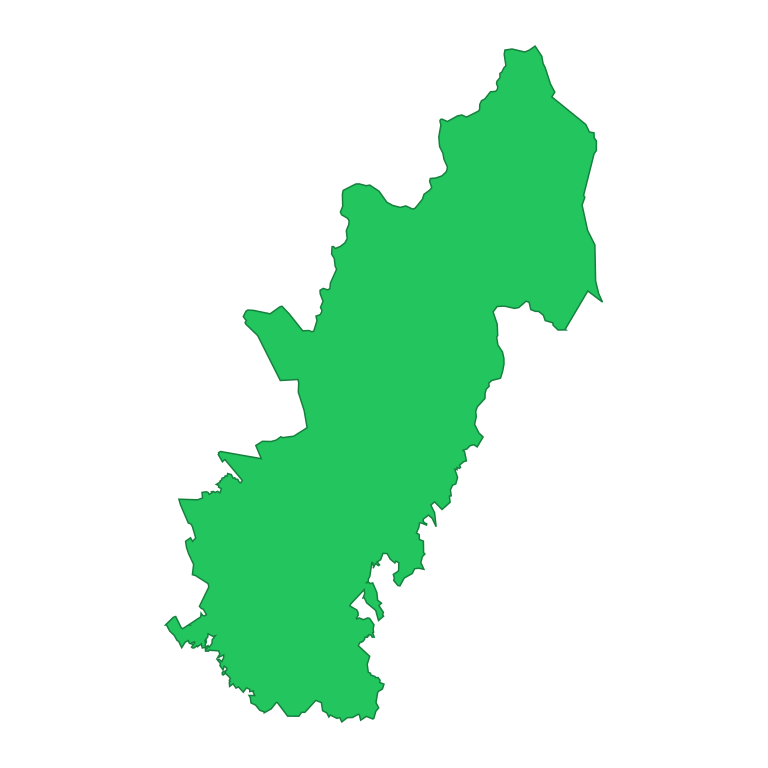 outline of Jalpan de Serra, Querétaro, Mexico
{"feature_id": "50627088B24192997994058", "entity_name": "Jalpan de Serra", "entity_type": "district", "adm_level": 2, "iso_a3": "MEX", "parent_name": "Mexico", "parent_adm1": "Querétaro", "projection": "robinson", "projection_center": [-99.37, 21.384], "detail": "fine", "context": "isolated", "style": "filled", "palette": "green", "viewbox_px": 768, "rotation_deg": 0, "n_neighbors": 0, "source": "geoboundaries", "source_scale": "gbopen_adm2", "svg_char_len": 6108}
<svg xmlns="http://www.w3.org/2000/svg" viewBox="0 0 768 768"><path d="M384.0,684.2L379.6,682.4L380.1,680.3L378.1,677.6L375.5,677.5L375.0,676.5L370.6,674.9L370.6,673.3L368.3,672.3L367.2,664.3L369.7,656.3L358.3,645.7L359.7,642.8L362.8,641.5L364.5,639.4L365.0,637.3L367.4,637.2L367.3,636.0L368.6,636.0L368.6,634.9L370.6,634.7L372.3,637.2L374.2,637.1L372.6,632.6L373.6,632.3L373.1,628.6L374.0,624.9L369.6,618.4L367.7,617.9L363.4,619.7L359.2,617.9L356.8,619.0L356.3,618.2L358.2,615.2L358.0,612.3L356.7,609.9L349.8,605.9L350.8,603.9L364.2,589.6L364.7,593.8L363.0,597.9L364.2,597.6L366.7,602.9L375.7,610.4L378.5,620.5L383.6,616.2L382.6,614.6L383.4,612.3L378.9,605.6L381.5,603.2L377.6,600.2L376.9,592.7L372.7,582.9L370.1,583.6L369.1,582.5L366.7,582.6L368.2,581.4L368.4,578.9L369.8,576.5L371.9,562.5L373.0,563.1L372.1,564.0L373.8,565.8L373.1,568.3L375.4,563.7L378.6,565.6L379.5,564.9L377.4,562.0L376.2,562.5L380.7,559.7L382.9,553.4L387.2,553.6L390.2,559.1L394.9,563.0L396.0,561.2L398.8,562.6L398.6,570.1L398.0,571.4L393.3,574.4L394.3,578.1L393.7,580.5L397.8,585.4L399.9,585.9L404.2,578.1L412.4,573.4L414.5,568.8L418.5,568.2L423.9,569.3L420.8,562.6L422.4,556.6L424.9,554.0L423.6,552.6L423.4,541.1L419.4,539.5L419.2,534.5L416.4,533.1L418.9,527.2L419.5,523.2L420.8,522.7L426.5,525.1L426.7,523.8L424.1,522.7L423.1,520.3L423.5,518.9L428.5,515.1L432.2,518.4L436.1,526.7L434.6,512.8L430.8,505.1L434.6,501.9L442.0,509.5L450.1,502.3L449.4,496.2L451.2,495.8L450.4,489.8L452.6,485.2L455.8,483.9L457.6,477.4L454.7,469.1L457.1,469.7L457.0,467.5L459.5,468.3L460.5,467.4L459.5,465.1L463.8,461.6L466.4,460.9L464.6,451.9L463.1,450.3L467.0,448.9L469.9,445.8L472.7,445.0L473.9,444.8L477.2,446.9L483.1,437.0L478.9,433.0L474.6,424.3L476.3,416.7L475.7,411.3L477.3,406.8L485.0,398.4L485.1,393.2L486.3,389.1L489.1,386.4L488.8,383.2L491.7,380.5L500.5,378.2L502.6,371.4L504.0,364.0L503.9,358.3L502.5,352.0L497.9,345.0L496.6,336.7L497.7,335.7L497.2,324.2L493.1,311.9L497.2,306.5L504.4,306.1L514.6,308.4L518.7,307.6L526.1,301.2L529.1,302.3L530.8,309.6L535.5,311.4L538.5,311.4L540.9,313.2L543.4,315.3L545.2,320.6L552.8,322.8L553.1,325.2L558.1,330.0L565.8,329.9L565.1,329.4L587.8,291.0L602.5,302.1L598.7,293.7L595.6,281.0L594.9,245.0L587.6,230.4L582.1,205.1L584.8,197.4L583.6,195.3L594.1,153.7L596.4,150.5L596.4,140.9L594.2,137.9L594.0,132.8L589.4,132.0L585.7,124.4L551.8,96.9L554.8,92.2L550.4,83.8L545.1,67.4L543.1,63.6L541.8,56.3L535.1,46.1L529.2,50.2L524.8,52.0L512.0,49.0L504.9,50.1L504.2,54.4L505.9,65.7L503.8,67.9L501.9,72.0L499.9,73.4L500.0,77.6L497.0,81.2L496.5,83.6L497.8,86.9L497.3,89.5L495.7,91.3L490.4,91.8L484.8,99.0L481.5,100.7L479.8,104.4L479.6,109.2L478.6,111.0L466.5,117.1L461.9,115.0L457.5,115.9L447.4,121.5L441.9,119.1L440.5,119.5L439.9,121.0L440.9,125.0L438.8,136.8L439.6,146.6L442.9,153.2L443.9,159.1L447.4,166.9L447.0,169.8L446.0,172.0L441.9,175.9L435.8,178.0L430.3,178.5L429.6,181.3L431.7,187.5L429.7,190.1L424.0,194.3L422.4,199.3L415.2,208.1L412.7,209.1L405.8,205.9L400.3,207.4L392.9,205.5L386.9,202.3L379.0,191.2L369.8,185.1L366.1,185.7L359.2,183.9L355.7,184.0L343.2,190.4L342.4,194.2L342.7,206.3L340.4,212.0L341.6,214.8L347.5,218.2L349.1,220.9L348.8,224.5L346.3,230.6L347.2,238.6L344.7,243.1L340.2,246.5L335.3,248.5L333.5,246.6L332.1,246.6L331.6,254.1L334.2,258.3L335.2,266.3L336.6,269.2L330.4,283.0L329.9,288.5L327.9,289.9L323.2,288.4L320.0,290.3L320.2,293.8L323.0,301.2L320.5,307.5L321.8,310.0L321.7,311.9L320.1,314.7L316.0,316.1L317.0,320.6L313.8,331.0L312.0,331.8L308.9,330.5L302.7,330.8L289.4,314.1L282.0,306.3L280.1,306.7L270.1,313.8L253.6,310.4L247.8,310.0L245.9,311.3L243.3,316.6L246.4,320.8L245.1,322.6L245.8,324.1L257.7,335.6L280.3,380.5L297.9,379.5L298.7,382.6L298.3,392.2L304.2,410.7L307.1,427.7L293.7,436.2L282.9,437.6L280.8,436.8L276.4,440.0L271.2,441.5L262.5,441.3L255.8,445.5L261.3,458.7L220.7,451.5L218.6,452.6L219.0,453.6L218.2,454.4L222.4,461.8L224.9,459.5L242.3,480.4L240.7,482.8L239.3,482.4L237.7,479.3L235.5,479.1L234.8,477.8L233.1,478.2L231.3,474.6L227.7,473.5L227.1,476.0L225.2,475.9L224.7,477.3L222.0,478.3L221.7,479.8L219.9,481.2L220.1,482.2L216.3,484.4L218.6,485.5L218.6,487.2L221.4,488.6L220.0,492.9L217.5,491.3L215.1,492.6L213.7,491.5L211.5,491.7L211.9,492.7L209.2,494.4L207.9,492.3L206.2,491.8L202.0,492.4L202.5,498.0L197.5,499.8L178.9,499.2L180.6,505.1L188.3,523.0L190.9,524.0L192.4,526.6L195.7,538.0L192.6,541.4L190.5,537.8L185.6,541.3L186.5,547.4L188.5,553.5L193.6,564.4L192.4,574.7L195.6,575.6L208.1,583.6L208.8,587.0L199.4,606.4L201.5,608.6L203.1,609.0L206.5,614.7L204.4,615.9L202.6,615.3L201.1,613.2L200.7,616.9L189.0,624.6L189.9,625.1L187.9,625.3L182.7,628.7L181.1,627.5L175.7,616.5L173.3,617.3L165.5,625.0L166.5,625.0L169.7,631.0L174.3,635.5L177.1,640.5L178.6,641.3L181.7,647.7L185.2,642.2L188.3,640.5L189.3,643.3L192.3,644.2L191.7,642.8L194.5,641.8L194.8,642.6L191.5,647.1L192.4,647.9L194.2,647.9L196.8,645.8L197.4,646.8L201.3,644.0L202.3,648.0L205.6,647.2L205.2,644.7L206.4,641.9L206.0,641.1L205.3,642.2L204.9,640.7L206.2,640.0L205.6,639.4L207.7,637.1L208.1,633.8L213.1,636.4L215.3,635.8L212.2,639.7L212.0,643.5L209.2,647.2L208.0,645.6L206.1,646.7L207.0,647.7L206.8,648.7L205.4,648.8L205.5,651.1L208.6,651.1L209.2,650.2L218.7,650.9L219.8,654.1L217.5,657.9L223.7,654.9L223.7,657.5L221.8,661.6L219.2,659.3L217.4,659.8L220.6,663.8L219.9,665.5L223.0,670.0L224.2,666.1L227.0,668.3L226.5,670.3L225.3,670.8L225.5,673.1L224.3,671.6L223.0,671.8L222.2,672.8L222.4,674.6L223.1,675.0L225.6,673.3L230.4,678.1L229.3,680.3L230.2,681.5L229.3,682.2L229.6,686.4L233.1,683.8L236.0,688.1L238.5,686.9L243.3,692.2L246.4,687.9L249.8,689.3L249.7,691.6L253.4,690.9L253.2,692.3L254.7,695.5L249.0,695.4L250.3,697.6L251.0,702.9L255.7,705.2L259.8,710.3L264.2,711.9L264.2,712.8L271.2,708.9L276.3,702.5L277.3,702.5L287.6,716.1L298.9,716.2L301.6,712.3L304.9,712.3L315.8,700.4L321.4,702.6L322.6,710.7L326.8,712.9L328.9,717.0L330.3,715.0L336.8,718.3L339.7,717.7L341.8,721.9L347.3,717.7L352.5,717.5L358.4,714.2L359.4,715.1L360.7,720.2L366.4,716.4L372.8,719.0L373.8,718.4L375.9,711.2L378.7,707.9L376.0,702.6L377.6,692.9L378.4,691.4L382.4,689.0L384.0,684.2Z" fill="#22c55e" stroke="#15803d" stroke-width="1.5"/></svg>